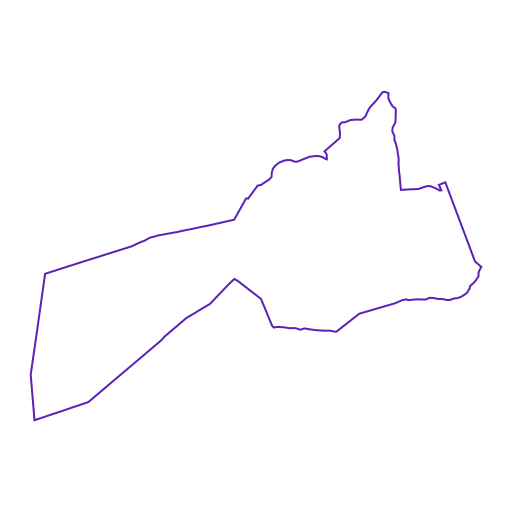 San Pedro Ixtlahuaca, Oaxaca, Mexico (Natural Earth projection)
{"feature_id": "50627088B44987395526438", "entity_name": "San Pedro Ixtlahuaca", "entity_type": "district", "adm_level": 2, "iso_a3": "MEX", "parent_name": "Mexico", "parent_adm1": "Oaxaca", "projection": "natural_earth1", "projection_center": [-96.815, 17.054], "detail": "fine", "context": "isolated", "style": "outline", "palette": "violet", "viewbox_px": 512, "rotation_deg": 0, "n_neighbors": 0, "source": "geoboundaries", "source_scale": "gbopen_adm2", "svg_char_len": 2898}
<svg xmlns="http://www.w3.org/2000/svg" viewBox="0 0 512 512"><path d="M359.3,313.7L395.3,303.2L400.7,300.8L402.6,300.0L406.6,299.4L408.4,300.2L411.9,299.8L415.5,299.4L418.9,299.4L422.4,299.5L425.7,299.5L429.7,297.8L433.2,298.0L437.5,298.8L440.1,299.0L443.3,299.1L446.6,300.0L449.8,300.0L454.8,298.3L457.4,298.1L461.0,296.9L463.8,295.1L465.6,294.0L467.6,292.0L468.4,290.4L469.7,288.3L469.9,286.2L473.1,283.4L475.4,280.9L478.5,276.3L478.5,272.9L479.3,270.7L480.3,268.7L481.3,266.9L480.5,266.2L475.0,261.4L465.9,237.1L445.3,182.3L438.9,184.9L441.3,190.3L439.7,190.5L436.0,188.5L430.4,186.1L427.1,186.1L422.6,187.5L418.5,189.0L409.2,189.4L400.9,189.9L400.0,180.3L399.7,176.3L399.0,170.8L398.7,166.2L398.5,163.6L398.7,159.9L398.4,156.8L397.8,153.6L397.4,150.2L395.9,143.6L394.4,140.0L394.4,135.8L392.6,132.2L392.3,131.0L392.5,128.6L392.8,127.2L395.4,122.5L395.7,116.5L395.8,110.4L395.5,108.5L392.5,106.2L391.6,104.7L390.6,103.3L390.1,101.8L389.7,101.2L388.5,98.9L388.3,95.9L388.5,93.1L384.6,91.8L382.5,92.2L379.3,96.5L375.9,100.9L373.9,103.1L370.6,106.5L368.6,109.5L366.7,113.4L365.5,116.3L361.9,119.6L358.9,119.7L355.3,119.6L350.1,120.1L345.3,122.2L342.0,122.4L340.3,123.7L339.1,126.3L339.4,127.7L339.6,130.0L340.0,133.0L339.8,136.7L339.6,138.2L324.5,151.3L326.7,154.3L326.8,159.3L325.4,158.8L322.2,157.0L318.4,156.0L314.6,156.1L309.6,156.8L307.6,157.5L303.5,159.1L297.5,161.6L295.2,161.8L294.1,161.4L292.3,160.7L290.9,160.2L287.7,160.0L283.9,160.6L281.9,161.5L280.4,162.1L279.4,162.5L278.9,162.8L278.7,162.9L277.8,163.7L277.3,164.1L276.9,164.4L275.9,165.2L275.1,165.8L274.1,167.2L273.5,167.9L273.2,168.4L272.8,169.0L272.2,171.3L271.8,172.8L271.7,174.3L271.6,175.8L271.6,176.8L270.6,178.0L269.5,179.2L267.9,180.3L264.6,182.5L262.6,183.8L262.1,184.2L261.4,184.8L257.5,185.7L257.3,186.1L248.0,198.7L246.5,198.3L246.0,198.5L234.2,219.7L228.3,221.0L220.9,222.7L220.1,222.9L217.7,223.4L208.5,225.5L203.5,226.5L202.0,226.7L192.3,228.9L187.4,229.8L182.2,230.9L179.4,231.5L177.3,232.1L174.8,232.4L157.3,235.6L155.7,236.2L150.3,237.6L149.5,237.9L144.0,241.0L141.5,241.7L139.5,242.7L136.5,244.0L132.3,246.1L81.2,262.2L45.1,273.8L36.8,332.6L30.7,374.6L32.6,397.4L34.5,420.2L88.3,402.1L161.6,340.0L164.9,336.3L170.4,331.6L186.4,318.0L196.2,312.2L198.9,310.5L205.8,306.4L210.0,303.9L213.6,300.1L215.5,298.1L229.4,283.6L230.7,282.5L230.8,282.3L234.3,279.0L237.9,281.0L252.1,292.0L261.0,298.9L262.2,301.9L265.0,308.5L268.5,317.1L269.5,319.5L272.1,325.8L273.7,327.5L277.6,326.9L283.7,327.3L285.2,327.5L288.6,328.0L288.8,328.1L295.4,328.1L299.4,329.4L300.4,329.7L302.3,329.1L304.6,328.4L308.5,329.1L309.7,329.3L315.5,330.1L322.3,330.6L326.1,330.7L329.0,330.7L329.8,330.7L330.5,330.8L332.1,331.1L333.6,331.3L333.8,331.4L334.9,331.6L336.2,331.8L339.1,329.6L339.9,328.9L341.5,327.7L343.4,326.1L344.5,325.3L347.2,323.2L347.7,322.8L350.1,320.9L352.0,319.4L359.3,313.7Z" fill="none" stroke="#5b21b6" stroke-width="2"/></svg>